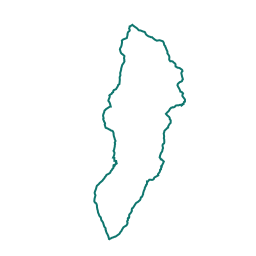 outline of Farcasa, Neamt, Romania, rotated 327°
{"feature_id": "2599482B98026704689851", "entity_name": "Farcasa", "entity_type": "district", "adm_level": 2, "iso_a3": "ROU", "parent_name": "Romania", "parent_adm1": "Neamt", "projection": "orthographic", "projection_center": [25.834, 47.18], "detail": "fine", "context": "isolated", "style": "outline", "palette": "teal", "viewbox_px": 256, "rotation_deg": 327, "n_neighbors": 0, "source": "geoboundaries", "source_scale": "gbopen_adm2", "svg_char_len": 5827}
<svg xmlns="http://www.w3.org/2000/svg" viewBox="0 0 256 256"><g transform="rotate(327 128 128)"><path d="M204.7,109.9L205.0,109.0L204.9,108.2L204.3,106.8L204.1,106.1L203.6,105.4L202.4,104.4L202.2,104.1L202.0,103.3L201.4,102.4L201.6,101.8L202.3,100.9L202.5,100.4L202.6,100.0L202.4,98.9L201.9,97.8L201.8,96.8L201.7,96.5L200.8,95.6L199.8,95.1L199.7,93.7L199.9,92.9L201.3,91.1L201.7,90.1L201.8,88.6L201.7,87.0L201.7,86.8L202.3,86.0L202.8,85.1L202.8,84.0L203.0,83.5L203.1,82.4L203.4,81.6L203.4,80.8L203.5,80.3L203.8,79.7L203.6,78.5L203.6,78.1L204.4,76.0L204.5,74.5L204.2,73.9L202.3,71.6L201.7,71.3L199.8,70.5L199.6,70.3L198.9,68.9L198.5,68.3L198.3,67.3L198.1,67.0L197.6,64.9L196.6,64.3L196.2,63.5L195.3,62.5L195.0,62.0L194.3,60.3L194.1,59.3L194.2,58.0L194.4,57.3L194.3,56.5L193.9,56.0L193.4,55.6L191.6,53.0L190.4,52.1L190.2,51.7L189.9,49.5L189.4,48.1L189.2,47.8L188.8,46.7L188.4,45.8L188.4,45.5L188.0,44.8L187.9,43.9L185.5,43.9L184.7,43.7L184.2,44.4L183.1,45.2L182.9,46.6L182.6,47.1L181.9,47.5L180.7,47.5L179.9,47.9L178.6,49.0L178.6,49.4L178.2,49.8L176.0,51.9L173.0,51.3L172.4,51.1L170.5,51.3L169.7,52.9L167.7,55.1L166.5,56.1L165.0,56.8L163.9,57.8L163.8,58.5L163.3,59.8L163.0,61.5L163.2,62.5L163.6,63.1L163.8,64.1L164.1,65.0L164.2,65.7L163.5,66.5L163.0,66.9L162.6,67.4L162.2,68.6L161.6,69.3L161.5,70.0L160.5,70.7L159.9,70.9L159.3,71.3L157.6,71.9L154.5,74.6L154.0,75.4L153.5,75.7L153.2,76.1L151.4,77.6L150.3,79.7L149.8,80.1L149.2,80.4L148.5,81.1L147.4,83.1L144.7,86.5L143.1,86.6L143.0,86.8L142.2,87.4L139.1,88.9L137.9,88.7L136.7,88.5L135.7,89.0L135.3,89.7L135.0,89.9L133.8,89.8L133.2,90.3L132.9,90.4L131.0,90.3L130.1,90.5L130.1,91.1L130.0,91.4L129.2,92.3L127.3,93.6L126.4,94.4L126.3,94.7L126.4,95.3L126.4,96.4L126.2,97.6L125.2,100.6L124.7,100.3L123.7,100.2L119.7,100.2L118.6,100.6L118.1,100.5L117.4,100.9L116.4,102.0L115.2,102.7L114.9,103.1L114.4,103.4L113.7,104.2L112.9,106.5L112.7,106.7L112.2,106.8L112.0,107.1L111.8,107.9L111.7,108.9L111.5,109.3L111.4,109.7L111.5,110.7L111.4,111.1L111.1,112.0L110.5,112.2L110.3,112.5L109.4,115.5L109.7,116.2L110.3,116.8L110.8,117.6L111.3,118.7L111.9,119.5L112.0,120.1L112.5,121.0L113.0,121.4L113.4,122.2L113.5,122.6L113.3,123.8L112.8,125.0L112.3,125.7L112.1,126.3L111.8,126.8L111.1,129.5L110.7,130.4L110.6,131.6L110.5,132.0L110.1,132.4L109.0,132.9L108.8,133.3L108.5,134.4L107.5,135.3L107.0,136.1L104.8,138.3L104.5,138.7L103.4,139.3L103.3,141.2L102.6,142.2L101.3,143.5L99.4,144.7L100.1,145.3L100.3,145.6L99.4,146.8L99.2,147.6L98.7,148.1L99.5,148.8L100.1,149.2L99.4,150.9L99.0,150.7L98.9,151.1L99.3,151.2L99.2,151.6L97.2,151.6L95.7,151.3L95.4,151.6L95.7,151.8L95.9,152.3L95.6,152.3L95.4,152.6L94.3,153.0L94.0,153.5L93.4,153.8L92.6,153.8L91.7,154.4L90.1,154.8L88.7,155.8L86.9,155.9L84.5,155.6L82.7,156.5L81.8,156.6L80.8,157.3L78.8,157.8L78.1,158.2L74.3,158.7L72.8,159.2L70.5,159.5L69.9,159.9L67.8,161.8L66.5,162.7L65.2,163.7L64.7,164.2L64.3,165.3L64.1,166.7L61.5,169.0L59.9,171.0L59.7,171.6L59.8,172.1L59.7,172.6L60.0,173.1L60.2,173.5L60.2,174.0L60.2,174.6L59.9,175.6L59.7,176.2L59.3,176.7L58.9,177.5L58.7,177.8L58.5,178.5L58.1,179.2L57.8,180.5L56.8,182.7L56.7,183.8L56.2,185.8L56.2,186.8L56.5,188.0L56.3,188.7L55.8,189.8L55.4,191.1L55.4,191.4L55.6,191.7L55.6,193.6L54.4,197.7L54.5,198.9L54.6,199.3L54.6,199.7L54.4,200.3L53.7,201.1L53.8,201.8L53.3,202.7L53.2,203.4L52.9,204.6L52.9,206.2L52.6,207.3L52.6,208.0L52.0,209.5L52.0,210.2L51.4,211.0L51.0,211.3L52.3,210.9L52.9,211.2L54.9,211.3L55.6,211.6L57.9,212.0L58.3,212.3L62.9,212.1L63.6,211.9L64.6,211.3L66.6,210.7L67.4,210.1L70.1,208.8L72.2,208.8L73.5,208.9L74.1,208.7L74.5,208.3L75.2,208.1L75.7,207.6L76.1,207.1L76.1,206.6L76.5,205.7L77.1,205.5L77.6,205.4L77.8,205.0L78.1,204.7L78.6,203.7L79.1,203.5L79.6,203.9L79.8,203.7L80.3,203.6L80.8,202.8L81.0,202.7L81.4,201.8L81.7,201.5L82.2,201.2L83.1,201.0L84.1,200.7L85.9,199.8L86.2,199.5L86.2,199.2L86.7,198.5L87.4,197.8L87.8,197.6L88.7,197.7L93.6,195.4L94.4,195.3L96.6,195.4L97.1,195.2L98.8,195.0L99.9,194.3L101.0,193.2L101.7,193.3L102.5,193.2L103.7,192.3L104.6,191.8L105.1,191.0L107.2,189.2L109.0,188.1L109.4,187.4L110.7,186.6L111.1,186.6L111.7,186.0L111.9,185.7L112.1,185.6L113.0,185.6L114.3,184.1L114.8,183.2L115.4,183.7L117.7,183.0L118.8,183.7L119.8,184.6L120.6,184.9L121.9,184.8L122.9,184.0L123.4,183.9L127.6,184.2L127.9,183.1L130.5,182.2L131.2,181.7L132.1,180.6L133.1,180.7L133.3,180.5L133.5,179.9L133.8,179.8L134.1,179.4L135.1,179.0L135.0,178.1L135.9,178.0L138.4,176.6L139.8,175.6L139.1,173.0L138.6,172.4L138.9,172.2L138.6,171.6L138.7,171.1L138.5,170.3L138.5,169.9L139.0,169.4L139.4,169.2L139.8,168.6L141.1,167.7L141.7,167.1L143.9,166.2L144.4,165.8L145.0,165.0L146.5,163.9L146.6,163.6L146.7,163.2L147.1,162.1L147.4,161.5L148.1,160.8L148.5,160.6L149.3,160.6L149.9,160.5L150.8,159.6L152.2,157.2L152.5,156.0L153.4,155.2L153.9,154.4L155.0,152.0L155.8,151.5L156.9,150.3L158.8,149.8L159.5,149.8L160.6,149.4L161.9,149.5L162.2,148.9L162.8,148.4L164.9,147.3L166.4,147.0L166.7,146.7L167.9,145.0L168.0,144.5L167.8,143.4L168.2,142.8L168.5,142.0L168.5,141.1L167.7,138.5L167.5,136.8L169.8,136.2L170.7,136.1L171.8,135.8L173.5,134.9L175.4,134.5L176.2,134.9L176.8,134.9L177.4,135.5L177.9,135.6L178.7,135.7L179.9,135.3L180.6,135.3L181.8,135.9L182.6,136.5L184.0,136.8L184.5,137.0L185.3,137.9L185.3,138.0L185.2,138.3L185.5,138.3L185.6,138.1L186.1,138.3L186.5,138.0L186.7,137.7L186.8,137.7L187.0,137.9L187.3,138.0L187.3,137.7L187.8,137.9L189.1,136.7L190.1,136.9L191.3,135.1L191.2,133.2L191.0,131.3L191.1,130.6L191.8,129.8L192.7,129.2L193.0,129.1L193.1,128.9L192.8,128.4L192.7,127.9L192.8,127.4L192.6,127.1L191.7,125.9L192.0,125.5L192.4,123.0L192.5,120.5L192.7,119.6L192.7,119.2L193.1,118.9L193.4,118.4L194.0,118.1L196.4,117.7L197.5,118.0L198.7,118.1L199.1,117.9L199.7,117.3L200.5,117.1L200.8,116.4L201.3,114.5L202.6,111.0L203.3,110.5L204.5,109.9L204.7,109.9Z" fill="none" stroke="#0f766e" stroke-width="2"/></g></svg>